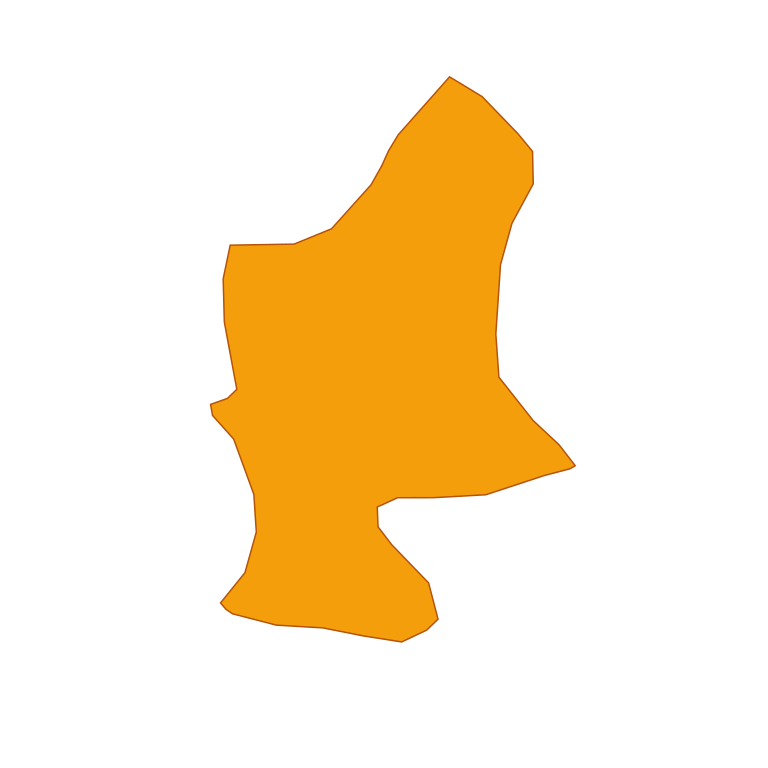 the Unitary District of North Ayshire, rotated 46°
{"feature_id": "GBR-2006", "entity_name": "North Ayshire", "entity_type": "Unitary District", "adm_level": 1, "iso_a3": "GBR", "parent_name": "United Kingdom", "parent_adm1": "", "projection": "mercator", "projection_center": [-4.697, 55.716], "detail": "fine", "context": "isolated", "style": "filled", "palette": "amber", "viewbox_px": 768, "rotation_deg": 46, "n_neighbors": 0, "source": "natural_earth", "source_scale": "10m", "svg_char_len": 818}
<svg xmlns="http://www.w3.org/2000/svg" viewBox="0 0 768 768"><g transform="rotate(46 384 384)"><path d="M427.9,653.7L427.7,651.8L423.1,615.0L401.8,578.7L373.0,554.3L319.2,530.4L287.5,529.2L278.2,522.9L285.6,506.6L285.6,493.6L228.5,455.8L196.6,426.6L177.3,398.2L220.9,351.5L235.9,313.9L231.7,254.8L225.4,233.8L219.4,218.7L214.6,200.6L208.7,124.8L208.6,123.5L210.8,122.9L245.3,113.8L297.1,113.8L319.9,115.6L343.7,137.6L357.3,180.3L379.1,217.3L425.8,268.9L458.9,296.6L513.9,302.1L549.3,300.3L575.6,303.2L574.2,309.1L574.0,309.4L561.1,332.4L534.4,387.7L500.4,427.1L475.2,453.3L467.8,474.3L482.6,487.5L504.8,490.1L534.4,490.1L558.1,490.1L590.7,508.5L590.7,524.2L581.8,550.5L550.7,574.0L516.7,597.6L510.9,603.0L482.6,629.0L444.1,652.6L436.5,654.2L427.9,653.7Z" fill="#f59e0b" stroke="#b45309" stroke-width="1.5"/></g></svg>